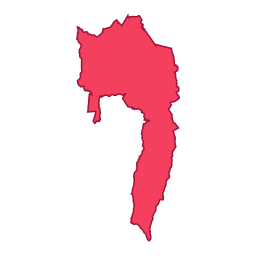 Soacha, Cundinamarca, Colombia
{"feature_id": "7082276B50901736205159", "entity_name": "Soacha", "entity_type": "district", "adm_level": 2, "iso_a3": "COL", "parent_name": "Colombia", "parent_adm1": "Cundinamarca", "projection": "natural_earth1", "projection_center": [-74.221, 4.507], "detail": "fine", "context": "isolated", "style": "filled", "palette": "rose", "viewbox_px": 256, "rotation_deg": 0, "n_neighbors": 0, "source": "geoboundaries", "source_scale": "gbopen_adm2", "svg_char_len": 5770}
<svg xmlns="http://www.w3.org/2000/svg" viewBox="0 0 256 256"><path d="M103.2,28.7L103.4,29.5L102.5,30.9L102.6,31.4L102.9,31.8L102.5,32.5L99.9,34.9L97.3,36.9L96.1,36.5L94.0,34.9L92.2,35.3L90.4,34.4L88.1,34.0L87.9,33.7L87.9,33.1L87.6,32.4L86.9,31.8L84.8,32.0L84.0,32.2L83.1,32.1L82.6,31.3L82.7,30.2L82.5,29.8L82.1,29.5L81.2,29.3L80.3,28.9L79.1,27.5L77.4,27.0L77.7,28.0L78.3,30.8L77.6,32.8L78.1,32.8L77.7,33.8L76.8,39.2L77.7,39.5L78.5,41.5L78.7,42.6L80.0,43.1L80.6,44.4L81.1,44.5L81.2,45.1L81.1,46.2L80.0,49.0L79.3,49.6L79.4,51.0L79.2,52.3L79.2,52.7L79.7,53.3L79.7,55.6L80.0,57.1L80.5,57.8L81.4,58.3L81.7,59.0L81.5,66.6L81.7,69.6L82.0,71.9L80.4,73.2L80.3,75.2L80.5,77.1L79.4,79.0L77.6,80.5L77.4,80.9L77.6,81.6L77.9,83.1L78.6,84.9L79.2,85.4L79.4,85.4L80.6,86.7L81.2,86.9L82.7,86.2L83.6,86.1L83.5,86.8L84.6,90.4L85.1,90.3L85.8,90.8L86.3,90.3L86.6,90.4L87.6,90.6L87.9,91.1L88.2,91.2L89.6,90.9L90.2,91.9L90.6,92.0L90.7,92.8L90.9,93.3L91.1,93.4L91.5,93.3L91.8,94.8L90.6,94.2L90.2,93.4L89.4,94.0L88.8,100.3L88.7,102.7L88.2,107.0L88.1,109.7L87.7,112.0L95.6,111.3L95.7,112.4L94.6,116.9L93.2,121.3L94.7,123.3L95.1,123.2L95.5,122.3L96.0,122.1L96.7,121.1L97.7,121.3L98.1,121.0L98.8,121.4L99.3,121.4L99.8,120.6L99.7,120.1L100.3,119.6L100.2,119.0L100.3,118.5L99.9,117.9L100.0,116.8L99.7,116.2L99.7,115.8L99.8,114.7L100.4,113.2L100.4,112.6L99.9,111.0L99.9,109.5L99.7,108.1L98.7,106.3L99.1,105.4L98.8,104.1L99.1,98.7L99.4,97.5L100.3,96.4L100.4,96.1L101.2,96.3L101.5,96.6L101.2,96.7L101.1,97.1L101.5,97.1L102.0,96.7L101.9,96.2L102.7,96.5L103.2,95.9L103.8,95.6L106.4,95.1L107.3,95.3L108.9,96.4L109.5,96.3L110.4,95.9L111.3,94.7L111.7,94.4L112.4,94.5L114.1,95.3L115.3,95.3L116.3,95.2L117.5,94.2L118.6,93.9L120.4,94.1L122.4,95.0L123.0,95.1L123.8,94.7L124.8,93.8L125.3,93.8L123.0,97.5L122.7,98.3L122.8,98.8L128.0,106.8L128.8,106.7L129.7,107.1L130.8,107.2L131.7,107.8L132.4,108.6L132.4,108.8L133.5,108.8L134.1,109.3L134.1,109.1L133.6,108.8L133.4,108.0L134.7,109.0L135.5,108.7L136.4,109.1L136.8,109.1L138.2,108.6L140.2,109.7L142.0,111.1L142.1,111.3L141.5,112.1L141.6,112.6L143.5,112.9L144.4,114.3L144.2,115.2L144.0,115.5L144.0,117.2L144.2,117.7L145.1,118.4L144.2,119.9L145.6,120.3L145.9,120.2L146.2,119.8L147.1,119.9L147.8,120.5L149.1,120.5L148.9,120.9L148.2,121.5L146.6,121.6L145.6,122.8L145.6,123.4L145.2,123.9L143.9,123.7L143.6,123.7L143.4,124.0L143.4,124.7L143.7,125.2L143.1,125.6L143.1,126.6L142.9,126.9L143.0,128.0L141.9,131.1L142.2,132.3L141.4,133.6L142.1,135.0L142.2,136.0L142.3,137.0L141.8,137.8L142.3,138.8L142.6,140.2L143.4,142.0L143.4,143.0L142.8,143.9L142.8,145.3L142.5,145.7L143.1,146.7L143.6,147.1L143.7,147.6L143.6,148.0L144.1,148.8L143.5,150.1L142.8,150.4L142.2,151.6L141.9,153.8L141.6,154.6L140.1,155.9L139.7,156.7L139.4,156.7L139.8,158.0L138.4,159.4L138.2,160.5L138.3,161.3L136.7,162.9L136.7,163.4L136.9,164.3L136.8,165.4L137.0,168.0L136.9,168.8L136.3,170.6L134.4,172.9L133.7,176.1L134.3,180.6L134.0,182.7L134.0,184.2L133.6,185.8L132.4,189.6L132.5,190.8L132.1,193.0L131.5,193.9L131.9,193.9L132.4,194.2L132.8,195.4L132.9,197.1L133.3,198.2L133.3,200.7L133.5,202.3L134.0,203.3L133.9,204.5L134.4,206.2L133.5,209.0L133.7,210.5L133.3,212.4L132.0,216.1L132.0,217.2L131.8,217.6L130.9,218.5L131.3,219.2L131.5,220.4L131.5,220.7L130.8,222.0L131.4,223.1L132.6,223.3L133.5,224.3L134.1,224.3L136.2,223.9L137.0,224.2L138.8,225.3L140.7,228.2L141.6,228.9L142.8,230.2L144.1,232.6L145.7,233.8L146.8,237.6L147.7,239.5L148.7,240.6L149.4,240.6L150.6,239.2L150.8,237.6L150.7,235.8L150.5,234.9L150.1,233.9L150.2,231.2L149.5,229.1L149.9,228.4L150.3,226.2L151.8,220.9L152.5,219.9L152.9,218.6L152.9,218.1L152.4,217.0L154.3,212.6L155.8,210.5L155.9,206.9L156.5,205.9L158.2,204.1L159.7,200.0L160.2,199.5L162.7,199.9L163.2,199.5L163.4,197.1L162.8,193.9L162.9,192.6L164.0,190.6L164.9,187.1L165.9,185.4L166.0,184.3L165.9,182.9L166.3,181.3L166.8,180.1L166.8,179.5L167.8,179.0L168.8,178.2L169.6,176.5L169.6,176.1L168.9,175.0L169.0,173.0L169.3,171.7L169.8,170.7L169.9,168.8L171.3,167.1L171.9,164.1L171.8,163.6L171.4,163.0L171.9,161.3L172.1,160.0L171.5,158.6L171.8,156.9L172.6,156.2L172.4,155.7L172.5,153.8L172.3,152.5L172.6,152.2L172.5,151.8L173.0,151.0L173.0,150.6L173.4,150.5L174.0,149.9L174.7,148.2L175.5,147.5L175.8,146.4L175.6,145.4L175.0,144.5L175.0,143.7L174.8,143.5L175.1,142.5L174.8,139.9L175.1,139.5L175.0,138.8L175.2,138.4L175.2,137.7L174.9,136.5L174.5,136.4L174.4,135.3L173.1,130.8L178.5,127.9L174.9,123.2L174.1,122.9L173.3,122.2L172.1,118.2L172.1,117.1L171.9,116.1L171.9,114.4L169.2,110.5L168.4,108.3L169.9,107.4L171.4,104.9L170.2,103.0L170.7,102.2L174.2,101.7L176.2,100.5L176.8,99.9L177.4,99.7L179.1,98.3L179.2,97.9L179.0,96.6L178.3,95.2L177.1,94.8L176.8,93.0L176.3,92.7L178.8,90.8L178.8,88.6L178.6,87.4L178.4,87.0L177.5,87.1L177.3,86.8L176.5,86.7L176.3,86.3L176.9,84.6L176.9,83.5L176.5,82.6L176.5,81.4L176.8,80.8L176.7,80.5L176.1,79.5L175.9,78.7L175.9,78.2L175.6,77.3L175.6,74.4L175.4,74.3L175.2,72.9L175.0,72.5L174.5,72.2L176.1,71.5L176.9,70.8L177.0,70.6L177.6,70.5L177.9,67.2L177.4,67.2L177.3,66.3L175.9,65.0L174.7,65.7L174.2,62.1L174.3,62.0L174.3,61.6L173.6,56.6L173.5,56.0L173.3,55.8L173.2,55.1L172.7,53.7L172.1,52.7L171.4,48.5L171.2,48.6L171.0,48.4L155.9,44.5L155.7,45.6L146.7,32.7L145.7,31.3L145.4,31.4L145.0,31.0L144.8,30.5L144.8,29.3L144.5,29.3L143.8,29.9L143.6,28.6L142.8,28.8L142.2,28.6L142.3,28.2L143.0,27.7L142.7,27.2L141.8,26.9L141.6,26.6L142.0,26.3L142.8,26.4L143.1,24.6L142.8,24.1L141.7,24.0L141.0,23.3L140.8,22.8L140.9,22.1L141.8,20.2L141.6,19.1L141.0,18.7L140.0,16.6L139.0,15.7L138.6,15.7L137.9,16.3L136.6,16.8L132.7,16.5L131.0,16.9L129.8,16.8L129.3,17.2L128.8,17.7L128.1,16.8L127.9,15.4L121.8,25.7L118.7,22.5L118.1,22.9L118.2,22.2L118.1,21.9L116.6,19.9L115.9,20.6L114.1,21.6L112.7,24.0L110.4,27.2L104.2,29.0L103.2,28.7Z" fill="#f43f5e" stroke="#9f1239" stroke-width="1.5"/></svg>